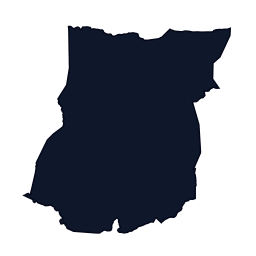 outline of Monte Santo, Bahia, Brazil, rotated 87°
{"feature_id": "56859067B5378838319311", "entity_name": "Monte Santo", "entity_type": "district", "adm_level": 2, "iso_a3": "BRA", "parent_name": "Brazil", "parent_adm1": "Bahia", "projection": "orthographic", "projection_center": [-39.443, -10.381], "detail": "fine", "context": "isolated", "style": "filled", "palette": "ink", "viewbox_px": 256, "rotation_deg": 87, "n_neighbors": 0, "source": "geoboundaries", "source_scale": "gbopen_adm2", "svg_char_len": 4360}
<svg xmlns="http://www.w3.org/2000/svg" viewBox="0 0 256 256"><g transform="rotate(87 128 128)"><path d="M29.7,147.7L28.8,148.6L28.8,150.1L28.3,151.9L27.9,153.2L27.9,154.7L27.3,156.4L27.3,157.9L27.6,159.2L26.7,159.9L25.6,160.6L25.3,162.1L24.9,163.6L25.0,165.1L24.9,166.6L24.9,167.9L25.8,168.6L26.9,169.2L27.3,170.4L26.1,171.0L25.0,172.0L24.6,173.1L25.0,174.4L25.6,175.7L26.0,176.6L25.6,177.8L24.9,178.6L23.8,179.7L23.5,180.8L23.6,182.1L26.9,181.9L51.8,182.8L53.4,182.8L60.2,183.1L64.7,183.2L81.9,186.9L89.9,192.6L95.3,196.4L96.4,196.0L97.5,195.5L98.5,196.2L100.3,195.7L101.5,194.3L102.5,194.0L103.3,193.0L104.5,192.5L105.3,193.2L106.4,193.4L107.2,192.8L108.2,192.7L109.1,191.8L110.1,191.6L111.2,192.3L112.3,192.0L113.2,192.2L114.5,192.1L115.4,191.4L116.8,192.2L118.2,192.4L119.5,191.8L120.7,192.0L121.7,192.3L122.8,192.6L123.8,193.4L130.0,202.6L135.8,209.1L143.1,213.2L146.6,215.1L157.6,221.2L158.7,221.4L160.5,221.0L161.3,222.0L162.8,221.7L168.1,222.8L184.5,227.5L190.1,229.3L189.3,230.1L188.2,231.0L188.5,232.4L189.4,233.9L189.9,235.3L193.6,228.4L194.1,227.3L194.3,226.2L195.5,226.6L196.5,226.4L197.5,225.3L196.7,224.1L196.1,223.0L197.0,222.5L197.8,222.0L198.5,220.6L198.8,219.6L199.5,218.4L199.8,217.1L200.4,216.0L201.3,214.5L201.1,213.4L201.2,212.4L201.1,211.2L200.9,210.0L201.1,208.7L202.2,207.3L202.7,206.1L204.5,205.5L205.8,204.9L206.8,203.6L206.7,202.0L207.4,200.9L209.2,200.9L210.9,200.4L211.8,199.8L213.1,198.8L214.3,197.5L215.4,198.1L215.6,199.4L216.3,200.2L217.3,200.9L218.6,200.5L220.2,200.0L220.2,198.6L219.7,197.3L220.2,196.1L221.4,195.9L222.0,195.1L223.5,194.5L225.0,193.9L226.0,192.2L226.6,190.8L227.4,189.3L228.2,187.9L230.8,167.4L231.2,163.9L231.2,162.8L231.2,161.6L230.4,160.6L229.8,159.2L229.0,158.2L228.7,157.1L228.7,155.8L229.3,154.9L229.5,153.9L229.6,152.8L229.6,151.7L229.3,150.7L228.5,149.9L227.1,149.6L226.0,149.4L224.9,149.5L223.4,149.1L221.9,148.1L220.2,147.7L219.2,146.7L218.5,145.7L217.5,144.6L217.2,143.4L218.0,142.6L219.0,142.1L221.3,142.3L222.7,141.7L224.1,141.7L226.0,141.1L227.2,140.9L227.8,141.7L228.6,143.1L229.6,143.6L230.7,143.1L231.6,142.2L231.8,140.7L232.0,139.1L232.5,137.5L232.5,136.2L232.1,135.0L232.2,133.9L231.4,132.7L231.1,131.7L231.1,130.7L231.1,129.6L230.3,128.4L229.5,127.4L229.2,125.9L228.6,124.6L227.5,123.7L226.8,122.2L226.6,120.9L226.3,119.9L226.0,118.6L225.5,117.3L225.0,116.4L224.6,115.2L224.0,112.8L223.6,111.9L223.1,110.9L223.0,109.9L223.0,108.9L223.3,107.8L220.9,106.1L219.4,105.6L219.1,104.5L222.4,101.4L224.3,99.7L223.5,99.0L222.6,97.6L221.6,96.4L220.8,94.9L220.4,93.6L219.6,92.3L219.3,90.5L219.2,89.1L219.5,88.2L219.4,86.5L218.6,85.4L217.9,84.7L216.6,84.1L215.3,83.4L214.4,82.4L213.9,81.5L213.4,80.5L212.5,79.1L211.0,78.5L209.6,78.6L208.4,77.7L207.4,77.1L206.1,76.0L204.3,74.9L203.9,72.9L203.5,71.2L202.2,70.5L202.4,68.5L202.6,67.3L201.9,64.6L191.1,64.0L190.0,64.1L189.3,63.3L188.3,63.1L186.8,63.2L185.2,63.3L184.0,63.0L182.6,63.2L181.2,63.1L179.7,63.4L178.3,63.4L176.9,64.1L172.3,63.0L172.7,64.0L172.8,65.0L156.6,57.0L154.7,56.9L151.9,56.9L141.7,57.0L128.4,57.1L125.7,57.7L108.8,61.6L107.5,61.9L104.9,62.3L105.2,61.0L105.1,59.9L105.2,58.4L104.4,57.0L103.5,56.2L102.3,54.6L101.5,53.1L101.6,51.7L100.8,50.8L99.6,49.6L95.1,50.1L95.3,49.0L95.1,47.6L95.4,46.5L95.0,45.1L93.9,44.6L93.0,43.2L92.4,41.9L91.8,40.7L91.9,39.7L92.6,38.9L92.9,37.3L92.9,35.2L90.2,36.8L83.6,41.0L67.6,39.8L61.8,32.5L49.6,26.0L45.2,23.7L40.9,21.4L33.8,20.7L34.1,21.8L34.5,22.9L34.6,24.1L34.5,25.6L34.5,26.8L34.6,28.4L34.7,29.8L34.4,31.3L34.5,32.8L34.6,34.5L34.8,35.7L35.3,37.2L36.4,37.9L36.5,39.5L36.5,41.0L36.4,42.1L36.3,43.5L36.3,44.9L36.2,46.0L36.3,47.1L36.2,48.3L36.1,50.4L35.9,52.0L35.7,53.4L35.7,54.7L35.7,55.7L35.7,56.9L35.6,58.2L35.3,59.8L34.9,60.9L34.7,62.0L34.5,63.1L34.3,64.6L34.2,66.1L34.4,67.4L34.8,68.7L34.7,69.6L34.6,70.6L34.4,71.9L34.2,73.3L34.1,74.5L33.9,75.5L33.6,76.9L32.9,78.2L32.3,79.8L31.6,80.9L39.3,89.6L39.5,90.8L40.1,91.7L40.5,92.6L41.5,104.1L41.3,105.6L41.6,107.0L40.6,107.7L39.7,108.6L39.3,110.2L38.8,111.4L38.1,112.5L36.3,112.9L34.7,113.3L34.1,114.6L33.8,115.7L33.7,116.8L33.2,117.8L33.4,119.3L33.5,121.0L33.2,122.2L33.7,123.1L34.2,124.3L34.1,125.6L34.0,126.8L34.3,128.3L34.6,130.0L34.2,131.5L34.3,132.7L34.5,133.8L35.1,134.8L35.6,136.4L35.7,138.1L34.7,139.5L33.8,139.9L33.3,141.0L33.5,142.1L33.2,144.0L32.4,145.6L31.3,147.3L29.7,147.7Z" fill="#0f172a" stroke="#020617" stroke-width="1.5"/></g></svg>